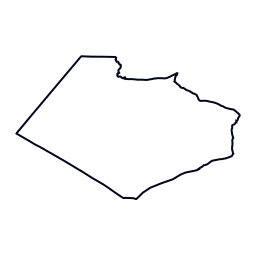 Lushoto, Tanga, United Republic of Tanzania, rotated 271°
{"feature_id": "72390352B30242417713864", "entity_name": "Lushoto", "entity_type": "district", "adm_level": 2, "iso_a3": "TZA", "parent_name": "United Republic of Tanzania", "parent_adm1": "Tanga", "projection": "natural_earth1", "projection_center": [38.469, -4.546], "detail": "fine", "context": "isolated", "style": "outline", "palette": "ink", "viewbox_px": 256, "rotation_deg": 271, "n_neighbors": 0, "source": "geoboundaries", "source_scale": "gbopen_adm2", "svg_char_len": 5335}
<svg xmlns="http://www.w3.org/2000/svg" viewBox="0 0 256 256"><g transform="rotate(271 128 128)"><path d="M57.1,137.5L58.7,139.2L59.6,140.1L63.7,144.1L66.5,148.2L68.6,151.2L71.8,158.7L72.9,161.4L73.5,162.8L75.0,166.8L75.1,167.2L75.5,168.3L77.4,173.5L78.7,175.7L79.9,177.5L81.1,179.5L82.5,181.7L84.5,186.4L86.8,196.9L86.9,197.0L87.0,197.3L87.0,197.6L87.1,197.8L87.4,198.0L87.6,198.2L87.8,198.4L87.8,198.6L87.7,198.8L87.7,199.1L87.9,199.2L88.1,199.2L88.3,199.3L88.3,199.5L88.3,199.8L88.3,200.1L88.5,200.2L88.7,200.3L88.9,200.2L89.1,200.3L89.3,200.4L89.4,200.6L89.5,200.9L89.7,201.3L89.8,201.6L90.0,201.8L90.1,202.2L90.3,202.3L90.5,202.5L90.7,202.9L90.8,203.1L91.0,203.3L91.3,203.6L91.5,203.9L91.7,204.0L92.0,204.2L92.0,204.3L92.1,204.6L92.2,205.2L92.5,206.3L92.8,207.0L93.1,207.8L94.0,209.1L95.0,210.3L95.8,211.3L96.4,212.3L97.0,213.5L97.1,214.2L97.3,215.6L97.6,216.6L97.9,218.0L98.2,219.5L98.5,221.1L98.5,222.5L99.0,224.2L99.2,225.7L99.7,227.3L100.3,228.8L100.9,230.4L101.4,231.6L101.9,232.4L103.4,233.1L103.8,233.5L104.1,233.8L104.5,233.5L104.8,233.4L105.2,233.3L105.7,233.2L106.2,233.1L106.6,233.0L107.2,232.8L108.0,232.5L108.7,232.4L109.1,232.4L109.6,232.5L110.3,232.4L111.1,232.4L111.9,232.6L112.9,232.7L114.8,232.7L116.0,232.6L116.8,232.5L117.2,232.5L117.3,232.5L117.8,232.6L118.1,232.7L118.6,232.8L118.9,232.8L119.0,232.8L119.5,233.1L119.9,233.4L120.3,233.3L120.6,233.1L121.0,233.1L121.5,232.9L122.0,232.6L122.6,232.5L123.3,232.3L123.9,232.2L124.4,232.1L124.8,232.0L125.4,231.9L125.8,231.9L126.4,231.8L127.0,231.7L127.4,231.7L127.7,231.7L128.2,231.7L128.5,231.7L128.9,231.8L129.3,232.0L129.8,232.2L130.3,232.2L131.0,232.1L131.7,232.1L132.4,232.1L133.0,233.0L133.7,234.6L134.2,234.9L135.1,235.4L136.3,236.2L136.5,236.2L136.4,236.3L136.6,236.3L137.0,236.7L137.6,237.3L138.4,237.6L139.2,237.8L140.1,238.1L140.8,238.5L141.1,238.7L141.4,239.0L141.7,239.2L142.0,239.3L142.4,239.4L142.7,239.4L142.9,239.4L143.1,239.4L144.2,238.4L144.3,238.1L145.1,237.4L145.5,236.6L145.8,236.3L146.3,236.0L146.6,235.4L147.7,234.1L148.2,233.5L148.4,232.6L148.5,231.4L148.8,229.9L149.1,228.4L149.5,226.7L150.0,224.9L150.9,223.4L151.5,222.1L151.8,220.9L152.3,220.0L153.3,218.3L154.0,216.6L154.7,214.5L155.2,212.7L155.8,209.3L156.2,207.5L156.5,206.4L156.5,205.2L156.6,204.8L156.6,203.9L156.5,203.0L156.5,202.2L156.4,201.3L156.4,200.3L156.6,199.5L156.9,198.8L157.3,198.5L157.6,198.3L158.2,198.0L158.9,197.6L159.6,197.4L160.2,197.1L160.9,196.7L161.4,196.5L161.8,196.3L162.1,196.1L162.4,195.7L162.7,195.3L162.9,194.7L163.3,194.0L163.5,193.5L163.5,193.3L163.5,193.2L163.7,192.6L163.9,191.9L164.2,191.6L164.6,191.3L164.8,190.8L165.0,190.2L165.3,189.8L165.6,189.6L165.8,189.3L165.8,189.0L166.0,188.6L166.3,188.1L166.4,187.7L166.6,187.0L166.8,186.3L167.0,185.7L167.2,185.3L167.6,185.0L167.9,184.4L168.2,183.9L168.5,183.4L168.9,183.0L169.1,182.5L169.0,181.9L169.1,181.3L169.2,180.8L169.4,180.4L169.5,180.2L169.7,179.9L170.1,179.5L170.6,179.2L171.0,178.8L171.4,178.5L171.9,177.9L172.3,177.4L172.6,176.9L172.8,176.6L173.4,175.8L174.1,175.3L174.4,174.9L174.7,174.2L175.1,173.7L175.3,173.6L175.8,173.9L176.1,174.0L176.6,173.9L176.9,173.9L177.6,174.0L178.3,174.2L178.8,174.2L179.1,174.4L179.5,174.4L180.1,174.6L180.9,174.8L181.2,175.2L181.4,175.4L182.0,176.0L182.8,176.2L183.3,176.3L183.6,176.4L183.7,176.0L183.2,175.2L182.8,174.5L182.3,173.5L181.5,171.8L181.2,171.1L180.6,170.0L179.9,168.8L179.4,167.7L178.9,166.6L178.5,165.3L178.3,164.5L178.3,164.0L178.3,163.4L178.3,162.7L178.3,161.6L178.4,160.7L178.4,159.7L178.3,158.7L178.4,157.8L178.4,157.0L178.3,156.2L178.0,155.4L178.1,154.6L178.0,153.7L177.8,152.8L177.7,152.3L177.6,152.2L177.5,151.7L177.2,150.6L177.1,149.3L176.8,148.1L176.5,146.9L176.4,145.5L176.4,144.3L176.5,143.1L176.5,142.1L176.5,140.5L176.6,139.1L176.4,137.8L176.5,136.8L176.6,135.4L176.8,133.6L176.9,132.3L176.9,130.8L176.9,128.9L176.9,126.1L176.9,125.4L177.2,124.0L177.5,124.0L177.9,124.1L178.2,124.4L178.5,124.3L178.6,123.8L178.4,123.2L177.9,122.8L177.6,122.3L177.8,121.7L178.0,121.2L178.4,120.6L178.9,120.2L179.2,119.6L179.4,119.2L179.4,118.9L179.2,118.4L179.0,117.6L179.3,117.3L179.6,116.8L179.9,116.6L180.3,116.3L180.8,116.3L181.1,116.7L181.5,116.8L181.8,116.6L182.1,116.5L182.3,116.7L182.6,117.0L182.7,117.3L182.8,117.9L183.0,118.2L183.5,117.8L184.1,117.6L184.9,117.4L185.4,117.3L185.9,117.6L186.2,117.8L186.7,118.2L186.9,118.5L187.4,118.9L187.8,119.2L188.5,119.6L189.2,119.7L189.6,119.6L190.2,119.6L190.6,119.8L190.8,119.7L190.8,119.2L191.1,118.8L191.6,118.7L191.7,118.4L192.0,117.9L192.4,117.7L192.7,117.4L193.0,117.5L193.4,117.5L193.8,117.1L194.1,116.7L194.1,116.1L194.0,115.5L194.2,115.4L195.2,115.1L195.6,114.7L195.9,114.4L196.3,114.7L196.6,114.8L196.9,114.6L197.4,114.7L197.9,114.8L198.0,114.9L198.4,114.5L198.8,114.1L198.8,102.1L198.7,89.7L198.9,80.1L197.8,79.1L197.5,78.8L164.3,51.8L155.0,44.3L142.9,34.5L141.9,33.7L139.8,31.9L131.5,25.3L125.9,20.8L121.8,17.4L120.5,16.6L112.9,30.2L112.9,30.3L111.0,33.4L110.7,34.0L110.1,35.0L107.0,41.3L106.8,41.5L105.6,43.9L104.8,45.2L103.6,47.4L100.8,52.6L98.9,56.0L96.4,60.5L94.7,63.6L92.0,68.3L84.2,81.8L84.3,81.8L77.1,93.6L74.1,99.1L71.1,104.4L68.0,109.2L64.8,113.9L61.7,118.5L59.7,121.6L58.2,124.1L57.9,124.7L57.9,125.7L58.1,126.9L58.1,129.7L58.0,130.8L58.0,132.3L57.9,133.4L57.9,134.7L57.7,135.4L57.5,135.9L57.3,136.6L57.1,137.3L57.1,137.5Z" fill="none" stroke="#020617" stroke-width="2"/></g></svg>